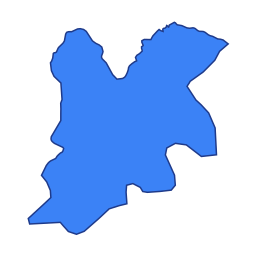 Dinguiraye, Natural Earth projection, rotated 356°
{"feature_id": "GIN-5634", "entity_name": "Dinguiraye", "entity_type": "Prefecture", "adm_level": 1, "iso_a3": "GIN", "parent_name": "Guinea", "parent_adm1": "", "projection": "natural_earth1", "projection_center": [-10.675, 11.582], "detail": "fine", "context": "isolated", "style": "filled", "palette": "blue", "viewbox_px": 256, "rotation_deg": 356, "n_neighbors": 0, "source": "natural_earth", "source_scale": "10m", "svg_char_len": 2026}
<svg xmlns="http://www.w3.org/2000/svg" viewBox="0 0 256 256"><g transform="rotate(356 128 128)"><path d="M87.3,25.6L90.6,26.6L93.1,28.7L98.6,38.6L101.8,41.3L105.0,43.1L107.5,45.4L108.4,49.9L108.0,51.3L106.7,54.2L106.5,55.5L107.1,57.2L110.8,61.5L116.4,73.7L120.4,78.5L126.1,78.2L128.2,77.1L129.5,75.6L131.1,72.8L132.3,69.9L132.8,67.7L133.9,66.0L136.4,64.1L139.2,62.4L141.3,61.6L140.4,58.1L141.9,56.1L144.7,54.6L147.5,52.3L147.5,51.2L147.1,49.5L147.2,47.9L148.4,47.2L148.9,46.6L147.8,43.4L147.9,41.9L150.4,40.8L157.0,41.4L158.4,39.1L159.3,37.8L164.1,33.3L165.9,31.9L166.8,32.7L167.7,33.3L169.7,34.1L169.6,31.8L170.4,31.1L171.7,31.0L173.0,30.2L173.6,28.7L173.8,28.4L174.8,29.2L175.2,30.1L175.6,30.1L176.4,28.2L181.6,25.8L182.7,26.5L183.4,27.5L184.3,28.5L188.8,29.6L193.7,32.2L196.3,32.8L199.7,32.6L200.7,32.8L202.0,33.5L203.9,35.3L205.0,36.1L206.0,36.5L206.4,36.6L208.7,36.8L210.1,37.1L211.8,38.1L214.6,40.6L216.3,41.6L218.9,42.5L223.7,45.4L226.5,45.9L229.0,46.8L233.8,51.1L224.7,57.9L219.3,66.5L207.0,77.3L193.2,85.8L192.2,87.4L191.0,88.9L189.8,90.6L197.7,104.8L202.6,110.0L209.5,118.6L214.9,134.0L214.4,160.9L199.2,161.5L185.0,148.9L174.2,146.6L165.3,150.6L163.4,157.5L171.1,178.3L171.2,188.4L166.8,193.0L155.5,193.5L142.8,193.5L138.3,192.4L136.1,188.1L129.0,183.8L122.6,185.0L121.6,191.8L121.6,203.5L114.0,204.8L103.6,207.3L92.4,216.4L77.1,228.0L69.2,230.4L61.3,227.1L56.8,221.3L53.9,217.4L23.2,216.9L22.2,211.3L37.5,199.1L46.2,192.0L46.2,184.9L43.2,176.2L38.4,169.2L43.9,159.7L46.0,157.3L47.3,156.2L48.8,155.3L53.6,153.4L54.4,152.5L55.1,151.4L56.8,149.8L58.9,148.2L60.5,147.6L61.4,146.5L62.4,144.0L61.7,142.8L53.7,138.3L52.6,137.4L51.6,136.3L51.1,135.7L50.7,135.0L50.5,134.1L50.5,133.0L50.9,131.3L61.5,115.9L62.0,108.7L62.4,104.2L62.6,98.6L64.2,95.0L64.2,88.1L64.2,78.4L57.8,71.3L55.6,65.5L55.2,57.5L56.4,56.1L57.8,53.0L58.7,48.4L59.6,47.8L60.8,47.8L61.9,47.2L63.8,43.6L64.5,42.7L69.0,38.9L70.6,36.8L72.4,29.9L73.5,28.3L75.3,27.8L78.5,28.0L84.5,25.7L87.3,25.6Z" fill="#3b82f6" stroke="#1e3a8a" stroke-width="1.5"/></g></svg>